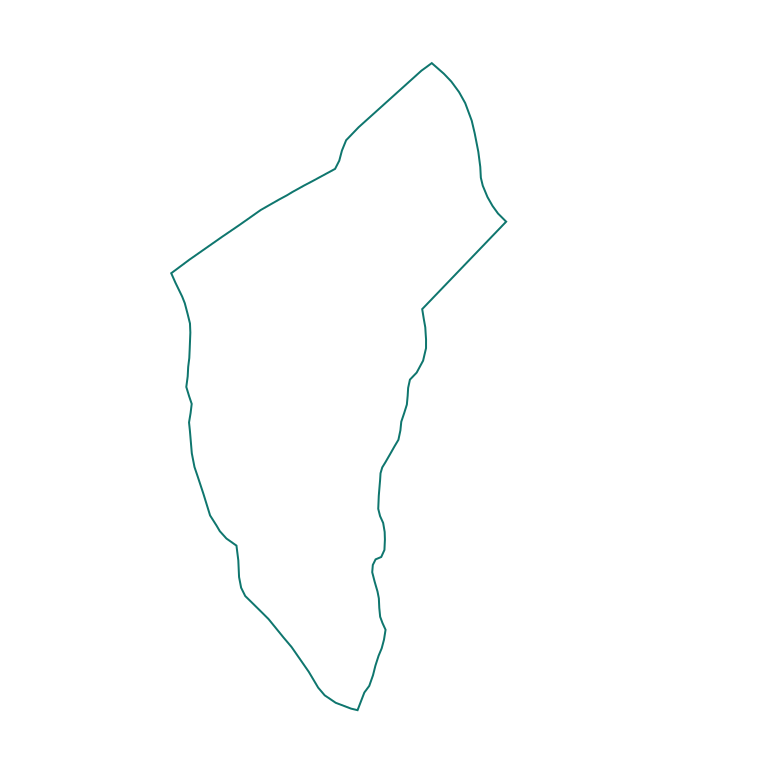 Vera Cruz, Bahia, Brazil, rotated 318°
{"feature_id": "56859067B29600247267043", "entity_name": "Vera Cruz", "entity_type": "district", "adm_level": 2, "iso_a3": "BRA", "parent_name": "Brazil", "parent_adm1": "Bahia", "projection": "orthographic", "projection_center": [-38.708, -13.031], "detail": "fine", "context": "isolated", "style": "outline", "palette": "teal", "viewbox_px": 768, "rotation_deg": 318, "n_neighbors": 0, "source": "geoboundaries", "source_scale": "gbopen_adm2", "svg_char_len": 1630}
<svg xmlns="http://www.w3.org/2000/svg" viewBox="0 0 768 768"><g transform="rotate(318 384 384)"><path d="M300.0,159.3L296.8,169.1L292.5,184.0L290.0,190.7L284.9,200.6L280.3,209.2L274.5,216.2L263.2,227.8L256.7,234.4L249.9,240.3L243.2,247.0L235.1,253.9L230.9,262.9L227.8,270.1L220.8,276.2L213.4,282.1L208.3,289.1L194.8,306.9L187.6,318.9L183.9,327.5L176.3,344.8L166.8,365.3L164.8,377.2L163.5,383.5L163.5,393.4L166.2,405.4L157.7,417.6L147.1,430.5L141.5,439.8L139.0,448.7L140.3,470.4L140.9,481.5L139.7,505.1L139.3,517.7L135.5,547.6L131.9,565.6L131.6,575.7L134.8,588.6L142.3,603.2L146.1,608.7L163.0,600.1L171.0,598.5L180.9,593.1L189.1,587.6L198.2,582.3L205.4,578.9L212.9,574.0L220.7,567.7L222.9,560.7L225.4,554.4L230.7,547.2L236.7,539.9L240.3,533.9L244.8,524.6L249.3,516.0L254.6,511.0L260.4,508.7L266.2,510.7L273.3,507.6L280.6,500.2L285.5,494.4L290.4,486.7L292.7,479.5L296.2,472.9L301.0,468.0L305.3,463.6L312.0,457.3L316.8,452.8L321.7,448.0L326.9,444.8L332.7,443.1L340.7,440.5L350.0,437.4L357.4,435.1L365.2,429.4L371.6,423.6L379.4,419.2L387.2,414.6L393.7,408.6L399.4,403.0L406.2,398.1L415.9,397.4L428.7,392.8L439.2,385.5L445.0,379.1L448.7,374.4L452.6,369.5L456.9,362.6L462.5,353.9L583.4,345.1L582.8,333.6L583.8,324.3L586.0,314.3L590.1,302.7L594.0,295.5L600.8,287.1L609.5,274.5L619.2,258.3L625.4,247.0L632.3,229.6L635.1,217.3L636.4,204.3L636.1,193.4L634.2,177.5L621.5,176.2L537.0,176.2L519.0,177.5L508.9,182.4L500.2,188.1L491.6,191.4L475.0,187.4L467.9,185.7L457.3,183.0L444.3,180.0L438.0,178.8L429.4,176.7L422.1,175.1L408.8,172.2L383.0,169.1L361.6,166.2L322.6,161.4L300.0,159.3Z" fill="none" stroke="#0f766e" stroke-width="2"/></g></svg>